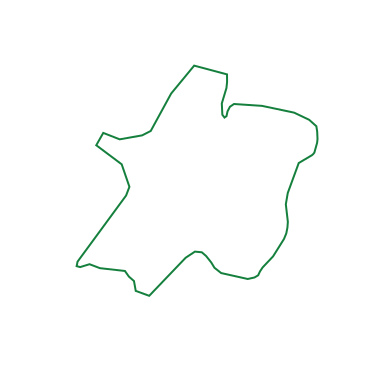 map outline of Zasavska (Albers equal-area conic projection), rotated 313°
{"feature_id": "SVN-1006", "entity_name": "Zasavska", "entity_type": "Statistical Region", "adm_level": 1, "iso_a3": "SVN", "parent_name": "Slovenia", "parent_adm1": "", "projection": "albers", "projection_center": [14.936, 46.152], "detail": "fine", "context": "isolated", "style": "outline", "palette": "green", "viewbox_px": 384, "rotation_deg": 313, "n_neighbors": 0, "source": "natural_earth", "source_scale": "10m", "svg_char_len": 886}
<svg xmlns="http://www.w3.org/2000/svg" viewBox="0 0 384 384"><g transform="rotate(313 192 192)"><path d="M176.2,297.2L172.1,296.0L166.4,292.1L152.6,268.6L151.9,260.1L153.6,254.1L154.8,246.0L154.6,240.3L150.4,234.8L139.6,232.2L86.9,231.5L81.3,218.3L87.3,210.3L87.1,203.5L88.5,196.8L73.5,176.6L69.3,166.3L60.8,161.4L59.1,158.2L63.0,155.8L144.5,146.2L153.1,142.7L164.3,121.7L160.9,90.1L174.7,86.8L181.2,103.2L199.4,116.9L208.5,120.2L249.8,109.6L285.9,107.4L301.9,137.4L296.3,142.7L291.5,146.3L277.1,153.4L269.2,161.5L268.6,165.0L271.0,165.5L275.2,163.0L280.2,161.6L285.0,162.7L302.7,184.4L319.7,212.6L324.7,228.4L324.9,238.1L321.6,242.3L316.4,247.6L313.4,249.9L304.3,254.6L302.4,254.8L300.7,254.6L286.0,250.3L256.6,262.7L247.0,269.0L235.5,282.5L231.0,286.1L226.0,289.2L220.4,291.3L200.2,295.2L185.0,295.1L180.2,295.9L176.2,297.2Z" fill="none" stroke="#15803d" stroke-width="2"/></g></svg>